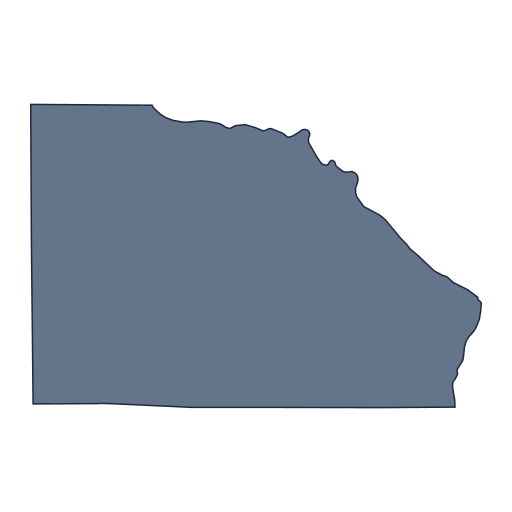 Pierce, Wisconsin, United States of America (Albers equal-area conic projection), rotated 180°
{"feature_id": "52423323B27488626523847", "entity_name": "Pierce", "entity_type": "district", "adm_level": 2, "iso_a3": "USA", "parent_name": "United States of America", "parent_adm1": "Wisconsin", "projection": "albers", "projection_center": [-92.581, 44.701], "detail": "fine", "context": "isolated", "style": "filled", "palette": "slate", "viewbox_px": 512, "rotation_deg": 180, "n_neighbors": 0, "source": "geoboundaries", "source_scale": "gbopen_adm2", "svg_char_len": 1434}
<svg xmlns="http://www.w3.org/2000/svg" viewBox="0 0 512 512"><g transform="rotate(180 256 256)"><path d="M478.9,108.1L414.7,108.4L412.2,108.6L402.4,108.4L319.8,104.6L238.4,104.6L129.8,104.4L57.0,104.9L57.3,112.1L59.4,124.6L59.4,128.2L58.9,130.3L56.7,133.3L54.8,136.8L54.5,138.4L55.0,141.5L54.5,143.1L49.3,151.4L48.6,154.4L47.5,165.0L46.0,170.4L43.6,174.7L38.8,180.1L35.9,184.5L32.6,192.9L31.2,201.8L30.7,208.8L31.2,209.9L33.4,211.7L34.1,213.2L34.3,214.2L34.4,214.8L44.1,222.1L58.7,229.5L64.7,234.9L66.6,235.9L69.3,236.5L77.9,241.2L81.4,244.5L94.0,256.4L102.2,263.3L105.1,267.3L111.8,274.3L126.4,291.9L128.9,294.2L132.3,296.9L148.2,305.4L155.1,314.9L156.4,319.4L156.4,324.0L154.5,329.4L154.0,332.0L154.1,334.4L155.3,337.4L157.6,339.4L159.9,340.5L164.9,339.8L168.6,340.2L176.0,346.0L177.2,349.9L178.9,351.5L179.9,351.7L182.0,350.7L183.8,347.8L185.0,346.8L187.8,347.2L190.1,348.2L191.6,349.9L195.9,356.3L203.3,369.3L203.6,372.5L203.4,374.1L202.4,376.5L202.2,378.3L203.2,380.7L204.5,381.8L207.0,382.6L209.5,382.3L218.4,376.4L222.7,374.9L224.4,374.9L228.3,378.1L230.8,379.4L240.8,383.4L243.1,383.3L246.9,381.5L249.4,381.3L256.7,384.4L266.8,387.3L276.4,386.4L281.4,383.9L282.9,383.6L286.4,384.7L289.8,387.1L293.6,388.7L304.2,390.6L311.1,391.2L325.0,389.8L329.5,390.0L338.9,391.6L346.6,394.6L351.3,397.5L357.4,403.1L359.2,405.3L359.9,406.8L481.3,407.6L480.6,271.3L478.9,108.1Z" fill="#64748b" stroke="#1e293b" stroke-width="1.5"/></g></svg>